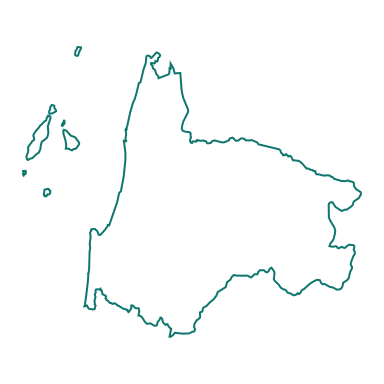 Suk Samran, Ranong, Thailand
{"feature_id": "78962969B98614322504757", "entity_name": "Suk Samran", "entity_type": "district", "adm_level": 2, "iso_a3": "THA", "parent_name": "Thailand", "parent_adm1": "Ranong", "projection": "robinson", "projection_center": [98.475, 9.438], "detail": "fine", "context": "isolated", "style": "outline", "palette": "teal", "viewbox_px": 384, "rotation_deg": 0, "n_neighbors": 0, "source": "geoboundaries", "source_scale": "gbopen_adm2", "svg_char_len": 5911}
<svg xmlns="http://www.w3.org/2000/svg" viewBox="0 0 384 384"><path d="M336.8,289.6L339.7,289.4L341.0,288.7L342.4,286.6L343.2,282.7L347.4,280.0L348.9,277.7L350.1,272.1L352.0,268.3L351.9,266.6L350.8,264.9L350.9,262.8L353.2,256.4L354.9,253.7L354.8,252.2L353.7,249.5L354.4,246.5L354.1,245.7L353.4,245.2L349.5,244.7L347.7,245.5L345.0,247.9L343.8,247.8L341.8,246.8L338.6,248.3L337.8,248.1L336.7,246.5L335.9,246.2L332.8,246.8L329.5,246.2L330.4,243.3L332.6,240.9L333.8,238.4L335.1,232.8L335.2,231.0L334.5,227.7L330.1,220.4L328.9,217.5L328.7,204.6L329.0,203.6L329.8,202.8L331.2,202.2L332.7,202.5L335.5,207.0L341.7,211.0L344.7,209.7L346.9,209.6L351.4,206.4L352.7,204.9L353.8,201.5L358.8,198.1L361.0,194.2L360.6,192.0L356.1,189.2L355.4,188.3L353.9,185.7L354.0,183.7L353.3,182.3L350.7,181.3L349.3,181.3L348.2,180.4L345.1,181.2L341.1,180.9L334.1,178.8L332.6,177.1L331.0,176.7L330.4,175.9L328.3,175.3L323.5,175.6L318.5,174.3L316.6,174.3L315.6,173.2L315.4,171.2L313.4,170.9L312.4,170.0L310.5,169.8L308.6,168.6L306.6,168.6L301.8,163.1L298.9,160.9L292.9,160.2L291.7,157.5L290.5,156.0L290.0,155.8L288.3,156.5L287.5,155.3L286.6,155.2L286.1,154.2L284.0,155.3L283.0,155.3L282.6,153.9L281.1,152.8L280.2,150.2L279.1,149.3L258.8,144.4L258.0,143.8L257.2,142.4L251.7,140.1L249.0,140.5L245.6,140.3L244.3,138.8L241.7,138.3L240.7,138.6L238.7,140.3L236.3,140.9L235.3,140.4L233.1,137.9L232.5,137.7L230.2,138.2L229.5,138.8L229.0,140.3L224.1,142.4L221.4,142.3L214.4,140.4L212.0,141.2L210.9,142.9L207.9,143.4L207.0,143.1L205.9,141.2L204.5,141.1L203.4,140.4L200.7,140.9L197.9,140.2L197.5,140.7L196.9,140.2L196.1,141.6L193.1,141.3L192.3,142.0L192.1,142.9L191.1,142.8L190.0,141.0L190.4,138.6L191.0,137.4L190.5,135.8L190.7,133.4L189.6,132.2L185.4,131.7L182.7,130.7L181.8,128.7L182.1,126.0L183.3,121.5L188.0,112.1L188.2,110.8L187.9,109.2L183.3,98.0L182.2,93.4L181.5,89.1L180.3,73.0L174.6,73.4L173.4,68.2L170.6,63.6L170.5,67.9L170.8,68.6L170.2,68.9L169.9,67.8L169.6,67.9L169.3,72.9L168.5,74.4L158.5,78.2L158.3,76.3L156.3,74.0L155.0,69.9L153.1,68.5L152.6,67.1L152.7,66.1L151.0,64.3L150.9,63.4L151.2,62.9L154.5,63.5L155.0,62.9L155.4,60.9L157.1,61.5L157.6,61.2L158.2,58.0L159.6,56.9L160.1,55.0L159.0,53.6L156.5,52.5L151.5,57.9L150.6,57.7L150.0,56.3L147.6,55.5L147.0,55.8L146.4,56.5L145.7,63.3L143.7,69.0L140.4,82.4L138.6,83.3L138.6,84.2L136.3,93.8L134.6,99.4L133.0,102.8L130.3,112.0L127.2,126.2L126.2,128.7L126.8,129.3L126.5,129.7L125.7,129.3L125.5,129.9L126.1,132.8L126.1,135.2L125.5,138.2L125.7,140.1L125.0,140.8L127.0,140.9L124.9,141.5L124.0,140.9L124.0,139.9L123.8,140.3L125.4,152.7L125.4,159.9L123.6,177.2L120.9,191.2L119.1,193.1L117.3,201.7L109.2,225.3L107.8,225.0L107.7,226.0L105.0,229.8L100.4,234.9L98.8,234.9L97.2,231.1L94.9,229.0L91.5,229.2L91.1,229.9L91.3,230.5L90.1,232.4L90.6,237.6L89.7,243.7L90.2,248.4L89.6,251.2L89.1,269.2L88.6,273.1L88.1,273.5L88.3,274.5L88.0,280.3L86.1,296.6L84.9,305.0L84.4,306.3L85.9,306.1L86.9,305.5L88.7,308.7L93.0,309.5L94.8,308.9L95.0,307.2L95.6,305.5L94.6,304.2L94.9,302.9L94.4,301.1L95.5,297.0L94.7,294.3L95.7,292.7L95.5,290.3L96.3,289.3L99.0,289.5L100.4,288.7L100.8,290.4L101.7,290.5L102.5,294.2L105.7,295.8L106.1,296.4L105.5,298.3L106.3,299.0L106.3,299.9L107.9,300.7L109.8,302.9L111.1,303.0L112.2,303.8L113.0,303.9L113.9,303.2L114.8,303.4L117.1,304.8L117.5,305.6L118.6,305.8L123.5,308.8L125.7,309.2L126.4,309.9L127.4,309.8L128.0,311.7L128.6,312.1L131.4,308.3L131.1,306.0L131.4,305.4L132.1,305.3L133.5,306.2L135.5,308.2L138.7,308.3L139.3,311.6L138.4,315.5L140.2,315.9L142.0,317.2L145.1,322.1L146.8,323.8L150.5,323.4L154.3,325.7L156.3,325.7L157.0,325.0L157.7,321.9L159.4,320.0L160.4,317.7L161.2,317.6L162.2,319.0L162.9,322.0L163.7,323.2L165.6,324.9L166.9,324.1L167.5,324.2L168.8,326.8L169.7,327.4L170.3,328.5L171.2,328.9L169.5,336.7L170.1,337.0L172.7,335.4L174.8,332.8L182.1,333.6L188.7,333.5L192.7,331.7L194.2,331.5L195.1,329.4L194.1,327.2L194.4,324.1L196.7,320.2L198.4,319.3L200.2,317.2L199.9,312.4L202.2,311.6L203.3,307.7L206.7,305.8L210.2,302.0L213.4,299.6L216.4,295.7L217.7,292.1L225.7,287.1L227.1,282.1L230.5,279.6L231.3,277.5L233.8,275.0L236.6,275.6L247.8,275.7L250.4,277.3L251.2,277.4L254.7,274.2L257.4,274.3L258.3,272.0L259.7,270.3L263.9,270.2L265.9,272.1L267.3,272.2L268.4,271.4L269.8,268.7L271.5,267.7L274.3,271.7L274.5,273.7L273.8,279.2L274.7,280.8L278.5,284.4L280.8,287.7L283.2,289.2L285.5,289.9L287.7,292.7L290.6,293.5L293.3,295.2L294.3,295.3L296.9,294.2L297.6,293.2L298.9,294.1L300.7,292.5L301.6,290.4L303.9,289.1L309.0,284.5L311.7,282.5L315.9,280.2L317.5,279.8L319.9,280.2L321.1,282.9L322.4,284.2L324.6,284.0L329.8,286.9L333.0,287.5L336.8,289.6ZM28.0,160.0L29.8,158.8L32.4,158.1L36.7,153.9L38.6,152.9L40.3,149.4L40.9,144.8L41.8,141.8L46.3,138.4L47.4,136.9L48.4,132.9L47.8,126.4L50.5,118.2L50.3,116.6L49.6,115.9L47.8,115.8L47.8,116.7L46.9,117.6L46.1,120.5L43.9,121.8L41.5,124.6L39.9,125.8L39.2,127.2L35.5,131.4L33.4,134.9L33.4,136.0L34.1,138.3L34.1,139.9L32.2,141.1L31.7,142.3L28.7,146.1L28.0,147.7L28.3,149.6L28.1,152.2L26.4,156.3L27.1,159.4L28.0,160.0ZM76.2,148.4L78.9,144.6L79.2,143.2L78.9,142.3L75.2,137.3L70.7,135.6L67.0,131.3L65.5,130.3L63.8,129.8L63.3,130.6L63.5,133.9L65.5,140.5L66.1,144.3L66.2,146.3L65.8,148.7L68.3,148.6L71.6,150.3L72.4,150.2L73.6,149.0L75.3,148.9L76.2,148.4ZM49.5,113.7L52.4,113.4L56.0,111.3L56.0,110.3L54.4,108.0L54.3,105.9L53.8,105.4L51.7,105.0L50.2,107.3L50.1,109.7L49.3,110.8L49.1,112.7L49.5,113.7ZM48.7,189.0L47.6,188.8L46.5,189.3L45.0,189.4L44.5,189.8L43.8,194.9L44.6,196.1L45.5,195.7L45.6,196.2L46.4,196.3L47.6,194.3L49.0,194.5L50.1,193.5L50.3,190.7L49.3,190.3L48.7,189.0ZM81.0,47.4L77.5,47.0L76.6,49.6L75.4,51.2L75.1,54.8L76.0,55.7L77.7,55.8L78.2,55.2L79.2,51.8L80.9,48.6L81.0,47.4ZM25.4,170.8L23.1,171.0L23.7,173.3L23.0,173.9L23.0,174.4L23.7,175.5L24.5,174.2L25.6,173.9L25.9,171.4L25.4,170.8ZM62.6,125.8L64.5,123.5L64.3,122.9L64.7,121.7L64.3,120.6L63.9,120.6L63.6,122.1L62.0,124.3L61.8,125.6L62.6,125.8Z" fill="none" stroke="#0f766e" stroke-width="2"/></svg>